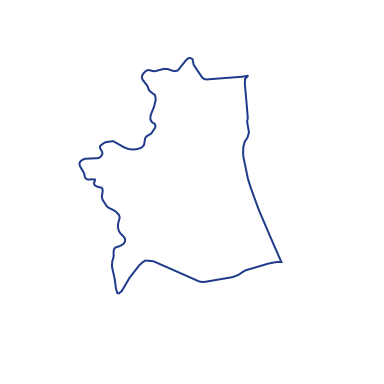 outline of Lambayeque, rotated 220°
{"feature_id": "PER-566", "entity_name": "Lambayeque", "entity_type": "Department", "adm_level": 1, "iso_a3": "PER", "parent_name": "Peru", "parent_adm1": "", "projection": "orthographic", "projection_center": [-79.581, -6.354], "detail": "fine", "context": "isolated", "style": "outline", "palette": "blue", "viewbox_px": 384, "rotation_deg": 220, "n_neighbors": 0, "source": "natural_earth", "source_scale": "10m", "svg_char_len": 2283}
<svg xmlns="http://www.w3.org/2000/svg" viewBox="0 0 384 384"><g transform="rotate(220 192 192)"><path d="M223.6,317.4L223.8,316.7L224.1,312.7L221.1,308.9L204.7,292.5L196.8,284.5L195.0,281.3L186.7,274.3L184.5,269.4L184.0,264.4L181.5,259.3L177.9,254.7L175.4,252.1L157.7,238.1L149.9,233.1L130.0,221.6L105.0,208.9L78.6,195.8L82.1,192.9L87.3,186.5L100.4,166.8L101.3,164.8L103.1,158.6L104.1,156.5L106.5,152.5L125.1,130.6L127.0,129.2L129.0,128.1L176.9,114.2L182.4,110.5L183.7,109.3L184.6,106.7L185.3,102.1L184.7,86.0L182.1,70.8L182.9,67.3L183.8,66.6L184.5,66.7L188.5,69.4L195.3,75.7L204.6,82.8L206.4,84.6L208.7,88.0L209.5,90.0L210.3,91.7L211.2,93.0L213.4,95.5L214.6,97.3L215.1,99.0L214.8,100.6L214.0,101.9L213.1,103.2L211.7,106.1L211.4,107.4L211.2,108.5L211.2,109.4L211.5,110.9L212.3,112.2L213.6,113.3L216.1,113.9L220.3,114.3L222.3,114.9L224.2,115.9L226.5,117.9L227.8,119.5L228.7,121.1L230.7,125.5L231.9,126.7L233.6,127.6L236.7,127.9L238.3,128.0L241.6,127.4L244.9,126.5L246.7,126.3L248.8,126.5L255.0,128.4L256.7,129.4L258.0,130.3L260.9,135.2L263.0,137.1L264.6,137.0L266.1,136.0L267.7,135.3L270.4,134.6L271.9,135.1L272.9,135.9L273.3,137.3L273.5,137.9L274.3,139.2L277.5,136.8L279.3,134.9L281.2,134.1L282.8,134.2L284.1,134.9L285.2,135.8L286.1,136.6L289.1,138.0L292.8,139.1L294.9,140.1L296.4,141.3L297.0,142.7L297.1,144.4L296.7,146.0L296.0,147.5L295.2,148.8L286.1,157.2L285.2,158.4L284.7,160.1L284.7,161.9L285.3,163.8L286.9,165.2L289.0,165.8L291.2,166.8L291.9,168.2L291.7,170.1L290.4,174.4L285.1,180.3L272.6,182.6L269.1,183.8L266.5,185.2L264.7,186.5L262.4,188.7L260.9,190.6L259.5,193.0L259.0,194.9L258.9,196.6L259.4,198.0L261.8,201.9L262.5,203.4L262.6,205.1L262.2,206.7L260.8,210.6L261.6,217.7L262.4,218.9L263.8,220.1L265.3,220.1L267.0,219.8L268.7,220.0L270.8,221.1L272.2,223.0L273.2,224.7L275.8,232.6L278.7,238.7L280.9,241.2L283.0,242.5L286.5,242.2L290.2,242.3L294.7,244.7L302.2,246.3L303.6,247.2L304.9,248.7L305.3,250.4L305.4,252.4L305.2,254.2L304.8,255.9L304.0,257.2L302.7,258.1L300.0,259.3L298.0,260.7L292.9,268.0L289.6,270.6L285.7,272.0L283.0,273.4L281.7,274.8L281.0,276.3L281.3,288.9L281.0,291.3L280.6,292.4L279.6,293.4L278.6,293.8L276.8,294.0L272.5,290.5L258.1,286.3L255.7,286.3L254.4,286.8L253.4,287.4L227.5,312.7L223.6,317.4Z" fill="none" stroke="#1e3a8a" stroke-width="2"/></g></svg>